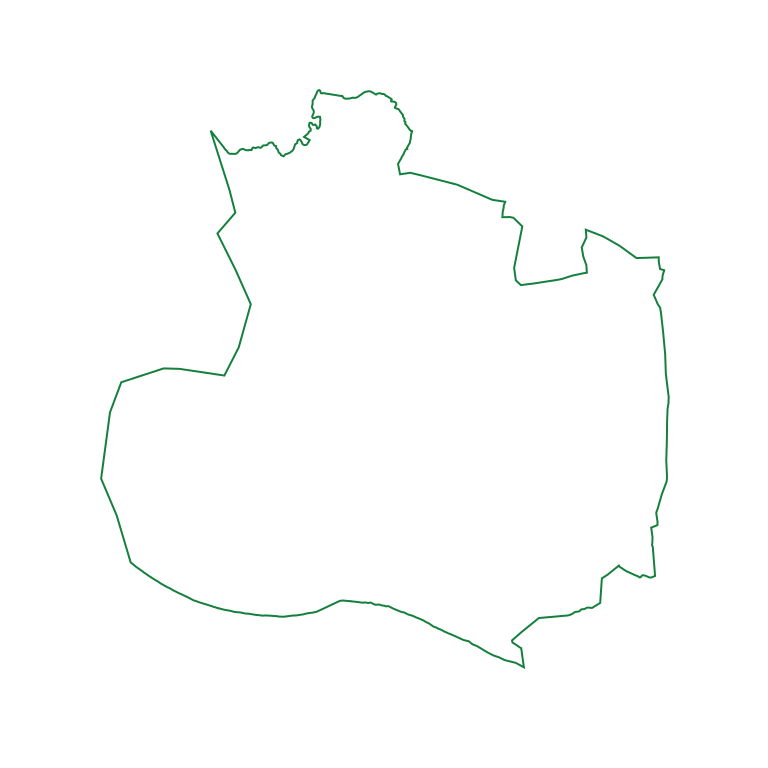 outline of Keta Municipal, Volta, Ghana, rotated 82°
{"feature_id": "2480657B20833842549797", "entity_name": "Keta Municipal", "entity_type": "district", "adm_level": 2, "iso_a3": "GHA", "parent_name": "Ghana", "parent_adm1": "Volta", "projection": "mercator", "projection_center": [0.862, 5.938], "detail": "fine", "context": "isolated", "style": "outline", "palette": "green", "viewbox_px": 768, "rotation_deg": 82, "n_neighbors": 0, "source": "geoboundaries", "source_scale": "gbopen_adm2", "svg_char_len": 6087}
<svg xmlns="http://www.w3.org/2000/svg" viewBox="0 0 768 768"><g transform="rotate(82 384 384)"><path d="M310.3,90.7L308.6,94.6L301.1,94.9L296.8,94.3L295.1,110.3L294.4,116.5L279.9,131.5L268.2,146.7L259.3,162.7L267.1,163.2L276.3,169.2L285.7,168.9L294.3,167.1L302.0,167.6L302.1,171.5L302.9,182.6L304.8,193.4L305.0,197.7L305.3,221.2L305.1,234.7L299.7,239.0L287.2,239.0L247.2,225.1L237.4,232.7L236.2,236.1L235.3,243.6L233.2,243.1L229.3,242.3L227.6,241.5L225.4,240.8L224.2,240.7L220.4,238.6L216.8,250.8L215.7,252.8L196.9,283.6L182.0,319.7L178.5,328.6L178.6,338.9L167.9,339.5L166.9,338.6L164.7,337.0L164.0,336.4L163.0,335.5L162.2,335.2L159.4,332.9L158.6,332.3L157.0,331.4L154.8,329.8L154.5,328.2L153.0,328.3L151.8,327.1L150.0,325.9L149.3,325.2L148.3,324.6L147.0,324.3L145.1,323.5L140.5,322.4L137.5,320.9L137.3,321.0L136.9,322.4L135.8,323.0L135.0,323.6L133.0,324.5L130.8,325.8L130.1,326.2L129.0,326.8L127.6,326.3L126.7,327.2L124.4,326.8L121.8,328.0L120.3,327.8L116.9,329.8L114.0,331.2L112.5,334.1L112.1,334.6L111.6,334.8L111.4,334.8L109.9,333.5L108.8,332.9L107.4,332.9L106.3,333.9L106.0,334.4L105.7,335.2L105.3,337.2L105.1,337.6L104.3,337.5L103.5,336.8L103.0,336.8L99.4,341.0L98.8,342.2L97.8,342.7L96.8,343.9L96.7,344.4L96.6,345.5L95.7,347.0L95.4,347.6L95.5,350.1L96.3,351.6L92.8,356.0L92.2,357.2L92.0,358.2L92.1,361.9L92.4,362.7L93.3,364.8L94.2,366.3L94.5,367.0L95.9,369.7L96.3,370.6L96.5,371.3L96.6,372.1L96.4,374.3L96.1,375.0L96.3,376.8L96.5,377.9L96.3,381.6L95.7,383.3L95.3,383.9L94.5,384.5L92.9,385.3L92.8,385.7L92.9,386.1L87.4,404.0L87.6,404.3L87.3,405.9L87.0,406.1L85.2,406.3L84.2,406.8L84.0,407.0L84.1,408.3L84.3,408.6L84.8,409.0L85.9,409.8L87.6,410.8L89.5,412.1L90.7,412.6L91.6,413.3L93.3,415.2L94.0,415.3L96.6,415.7L97.2,415.8L98.5,416.5L100.0,416.8L101.1,416.6L101.9,416.3L102.3,416.0L103.2,415.7L104.1,415.6L105.6,415.8L108.9,417.8L109.3,417.9L110.2,417.7L110.6,417.4L111.0,416.7L110.9,414.9L110.1,413.3L110.2,411.2L110.5,410.2L113.6,410.2L115.0,410.7L117.7,411.0L120.0,411.9L120.8,412.4L122.0,413.7L121.9,414.3L121.3,414.9L119.6,414.7L117.4,416.0L117.7,417.6L117.6,418.1L117.2,418.6L115.4,419.4L115.0,421.2L115.5,421.6L116.2,421.9L117.6,422.3L119.2,422.1L121.1,421.1L122.8,421.3L123.0,421.4L123.2,421.9L123.6,423.0L123.8,423.3L125.3,424.2L128.2,428.8L132.1,423.7L132.9,424.2L133.9,425.0L134.2,425.4L135.7,426.6L136.3,427.4L136.4,428.8L136.3,429.8L135.1,431.2L134.8,431.4L132.8,431.9L130.4,433.0L130.0,433.7L130.3,434.9L130.4,435.2L131.8,436.1L133.1,436.3L133.4,436.7L134.1,438.3L134.5,438.8L137.8,440.3L139.4,441.3L140.3,442.3L141.8,445.0L142.5,447.5L142.8,449.7L144.5,451.7L143.0,454.2L142.0,454.4L141.0,455.1L140.2,456.0L139.3,456.2L137.6,456.4L135.2,457.9L134.1,457.8L133.3,457.8L133.2,458.0L132.8,459.2L132.3,459.5L130.3,460.4L129.7,460.7L129.3,461.3L129.1,463.4L129.4,464.5L131.0,466.4L131.2,467.3L131.0,470.0L131.1,470.8L132.5,472.3L132.9,473.3L132.8,474.0L132.5,474.4L132.0,475.5L132.0,476.0L132.5,478.4L131.8,480.0L131.6,480.6L131.7,481.0L132.1,481.5L132.6,481.9L133.5,482.2L133.9,482.8L133.9,483.3L133.8,483.8L133.4,484.3L133.4,485.0L133.6,485.5L133.7,486.0L133.2,488.3L131.5,491.0L131.9,493.8L134.4,496.7L135.5,498.6L135.3,500.0L135.1,500.7L134.9,503.0L134.7,503.2L134.7,504.0L134.6,504.7L134.3,505.2L133.1,506.4L132.8,506.6L131.8,506.9L129.3,508.8L129.0,508.9L128.7,509.2L127.7,509.5L109.0,520.4L170.5,510.0L193.7,507.4L211.7,528.0L250.4,515.1L286.4,504.8L327.6,522.8L353.4,540.9L340.5,584.6L337.9,600.1L345.7,643.9L374.0,659.3L438.4,677.3L477.0,667.0L525.4,659.7L531.3,654.2L535.0,650.1L537.1,648.1L542.8,641.9L543.0,641.5L543.5,641.1L548.8,634.6L550.2,633.2L555.2,626.7L555.8,625.5L559.7,620.5L559.9,620.0L562.3,616.7L563.6,614.5L568.0,607.9L571.9,602.4L572.7,600.5L574.4,597.5L580.0,585.5L580.6,584.6L581.2,583.1L582.8,579.7L583.0,579.6L582.9,579.3L585.1,574.2L587.5,567.0L588.7,564.4L589.3,562.2L590.2,558.1L592.1,552.9L592.7,549.8L595.1,542.1L595.0,541.9L596.5,536.5L596.6,534.1L597.7,528.4L598.0,527.3L599.0,522.2L599.5,521.2L600.3,517.1L600.5,515.2L600.6,506.7L600.6,505.8L600.9,504.5L601.0,501.0L600.9,500.7L600.9,496.1L600.5,493.4L600.5,491.7L600.4,491.4L600.5,485.8L600.3,484.9L600.1,482.1L592.6,457.9L592.7,454.6L593.3,452.5L593.3,451.8L593.9,450.1L594.2,447.9L594.5,447.5L594.6,446.4L594.8,446.3L595.8,441.9L596.3,440.4L596.4,439.7L597.1,437.5L597.8,434.2L597.6,433.5L597.9,432.3L598.2,431.3L598.5,430.9L598.7,430.0L598.5,428.0L598.7,427.5L600.7,424.5L600.9,424.0L601.2,423.8L601.5,422.3L601.7,419.6L603.0,416.9L603.6,414.4L604.2,413.6L604.5,412.5L604.6,410.5L607.7,406.1L610.0,402.2L611.1,400.3L612.4,398.0L612.7,397.1L612.7,396.4L615.7,392.0L617.0,389.0L618.1,386.9L619.5,384.9L621.2,381.8L623.7,377.7L624.8,376.5L625.8,375.2L627.1,373.1L630.3,369.6L630.7,369.3L631.5,368.1L632.2,366.6L632.7,365.8L633.8,364.4L634.6,362.9L635.8,360.9L637.2,359.3L639.0,356.2L639.4,355.8L640.2,354.4L640.7,353.3L648.4,341.2L649.7,338.2L650.4,336.3L650.7,335.7L653.3,333.4L654.1,332.5L656.6,328.2L664.5,318.5L667.5,314.1L668.0,313.5L669.6,310.3L670.2,308.9L674.2,302.9L678.5,292.3L684.0,284.9L664.7,284.9L663.9,286.0L660.7,289.4L658.2,292.4L657.3,292.9L656.2,292.8L655.7,292.9L648.6,282.0L637.3,263.2L638.8,234.2L638.7,233.0L638.1,230.3L636.8,227.5L636.4,226.5L636.3,225.4L636.4,224.5L636.3,222.5L636.1,221.9L635.6,221.3L635.1,220.8L634.8,220.2L634.6,219.4L634.8,216.9L633.9,214.6L633.8,213.5L633.9,212.3L634.3,211.0L634.7,209.2L630.9,200.4L606.8,195.3L603.9,189.0L596.5,176.7L597.5,176.4L601.8,171.6L603.2,169.8L606.7,164.4L608.4,161.7L609.5,159.7L611.1,157.7L611.2,157.4L610.9,156.6L609.8,155.4L609.4,154.8L609.4,154.3L609.6,153.4L610.3,151.7L612.4,148.3L612.7,147.4L612.8,146.1L611.8,142.3L583.0,140.5L580.8,141.0L579.0,140.5L577.1,140.1L572.8,139.4L563.4,139.4L561.8,132.9L558.6,132.3L549.9,132.4L548.6,132.0L545.5,130.3L532.2,124.4L519.9,117.7L517.6,117.1L514.7,116.6L498.8,115.1L481.5,112.1L458.3,108.5L448.3,106.7L442.1,104.8L438.6,104.3L437.1,103.9L413.3,103.5L393.4,101.4L369.6,100.3L351.3,99.8L350.0,99.9L346.9,99.9L343.1,101.8L333.2,104.5L319.0,93.7L316.9,93.4L315.2,92.9L313.5,92.2L311.6,91.2L310.3,90.7Z" fill="none" stroke="#15803d" stroke-width="2"/></g></svg>